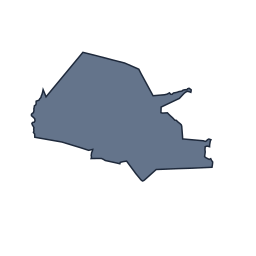 outline of Sumé, Paraíba, Brazil, rotated 134°
{"feature_id": "56859067B85735836369597", "entity_name": "Sumé", "entity_type": "district", "adm_level": 2, "iso_a3": "BRA", "parent_name": "Brazil", "parent_adm1": "Paraíba", "projection": "robinson", "projection_center": [-36.914, -7.646], "detail": "fine", "context": "isolated", "style": "filled", "palette": "slate", "viewbox_px": 256, "rotation_deg": 134, "n_neighbors": 0, "source": "geoboundaries", "source_scale": "gbopen_adm2", "svg_char_len": 1794}
<svg xmlns="http://www.w3.org/2000/svg" viewBox="0 0 256 256"><g transform="rotate(134 128 128)"><path d="M58.7,107.6L57.5,108.3L56.6,109.2L57.0,111.7L58.4,112.4L59.7,112.3L60.6,113.4L62.5,114.7L64.1,114.9L66.3,116.6L68.2,117.5L69.4,118.3L71.2,119.6L73.2,119.7L74.1,120.7L73.9,122.6L76.5,123.4L78.8,124.9L87.4,132.4L79.8,156.5L78.2,161.1L83.6,175.6L89.6,186.1L99.4,203.5L104.9,213.0L157.5,209.0L162.5,208.6L159.4,215.7L160.8,214.8L162.1,214.0L163.6,213.2L165.3,212.6L166.6,211.8L168.1,211.8L170.0,211.4L171.4,212.2L172.5,212.7L173.5,211.8L174.4,210.9L175.6,210.4L177.0,210.8L178.5,209.7L179.7,209.0L180.5,208.0L182.6,206.7L184.0,207.0L185.2,207.0L186.2,206.0L186.1,204.0L186.1,201.6L187.4,199.9L189.0,199.5L190.1,200.4L191.4,200.4L192.2,199.1L192.6,197.4L193.1,195.9L194.3,195.1L195.5,193.6L196.9,193.0L197.1,191.1L198.2,189.9L199.4,188.6L184.0,165.8L175.2,148.6L171.4,140.8L167.9,138.5L169.2,137.7L171.1,137.0L172.2,136.2L173.3,135.4L174.3,134.0L175.6,133.3L171.4,129.1L169.2,126.8L168.3,125.8L167.6,123.7L167.2,121.8L160.9,111.6L159.4,109.0L158.1,109.7L156.9,109.0L155.5,108.1L154.1,107.0L152.8,106.0L155.4,90.6L156.3,82.7L156.1,80.8L155.0,80.2L153.7,80.0L138.3,78.9L129.5,70.5L123.0,64.3L112.5,54.1L97.9,40.3L96.4,41.3L94.8,42.5L93.6,43.5L93.3,45.4L92.6,47.2L94.2,47.8L94.6,49.2L95.2,51.1L95.4,53.0L91.6,55.8L90.0,57.7L87.8,59.5L86.1,58.6L84.8,56.3L83.4,57.6L80.3,59.7L78.8,60.2L79.8,62.2L81.3,62.7L82.7,62.6L84.0,63.1L84.9,65.0L86.2,66.6L97.9,81.1L96.3,82.8L89.4,90.6L88.7,91.9L88.7,93.6L88.9,95.5L89.0,96.9L88.9,98.5L89.9,99.9L89.7,101.9L89.7,103.7L89.8,106.2L89.8,108.4L89.7,110.2L91.0,111.4L92.2,112.5L93.3,113.5L94.1,115.0L89.9,118.7L73.1,112.4L71.1,111.6L65.9,111.7L63.7,111.7L62.0,111.4L60.3,110.7L59.3,109.0L58.7,107.6Z" fill="#64748b" stroke="#1e293b" stroke-width="1.5"/></g></svg>